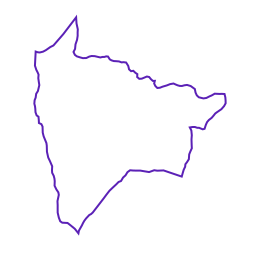 Pitangueiras, São Paulo, Brazil (Equal Earth projection), rotated 183°
{"feature_id": "56859067B99989140869249", "entity_name": "Pitangueiras", "entity_type": "district", "adm_level": 2, "iso_a3": "BRA", "parent_name": "Brazil", "parent_adm1": "São Paulo", "projection": "equal_earth", "projection_center": [-48.264, -21.003], "detail": "fine", "context": "isolated", "style": "outline", "palette": "violet", "viewbox_px": 256, "rotation_deg": 183, "n_neighbors": 0, "source": "geoboundaries", "source_scale": "gbopen_adm2", "svg_char_len": 2375}
<svg xmlns="http://www.w3.org/2000/svg" viewBox="0 0 256 256"><g transform="rotate(183 128 128)"><path d="M31.8,157.8L32.0,160.7L32.4,163.7L33.4,167.0L36.3,167.0L38.3,166.8L43.2,166.8L46.3,164.8L48.0,164.0L51.3,162.1L54.2,161.5L56.4,161.9L58.9,162.4L61.0,164.2L62.4,166.9L63.3,170.4L67.6,173.2L71.3,174.1L73.9,173.6L76.3,172.8L78.3,172.7L80.6,173.2L82.6,173.9L84.9,174.8L88.3,174.0L91.6,172.5L95.6,171.1L98.2,169.9L100.8,169.5L102.9,171.4L104.2,173.8L103.7,176.5L105.6,176.3L107.7,178.0L109.5,180.0L111.8,180.4L114.5,179.1L116.8,178.0L119.3,177.7L121.5,179.4L121.5,182.3L123.5,183.5L125.7,185.4L127.9,184.9L130.0,186.6L131.0,190.0L133.3,193.3L135.9,193.5L137.9,193.2L140.4,194.0L143.3,194.1L145.7,194.1L148.0,194.7L149.8,195.6L151.7,198.3L153.5,198.4L155.4,197.7L157.3,197.6L159.3,197.0L161.6,197.4L164.9,198.0L168.1,198.0L170.4,197.3L173.3,195.7L176.8,195.4L179.9,196.1L182.9,196.9L184.9,198.3L186.4,201.1L185.0,204.2L184.8,208.8L183.5,213.4L183.1,217.4L183.3,220.6L183.3,223.9L184.9,229.8L185.6,235.8L197.5,218.4L206.8,206.5L209.8,204.8L211.7,203.3L214.0,201.5L216.8,199.8L220.1,198.8L222.1,198.9L224.2,199.5L224.2,185.4L222.6,181.3L221.1,178.7L220.1,176.6L220.2,173.1L219.5,169.5L218.8,166.2L219.9,160.2L221.5,157.3L221.8,153.5L222.7,150.9L222.8,147.4L222.0,144.8L221.6,142.5L221.2,138.9L219.9,135.8L218.0,134.6L217.5,131.3L217.2,128.3L214.7,127.3L213.4,124.9L212.9,118.9L211.8,115.3L208.7,108.7L208.2,106.2L207.7,100.0L206.1,94.3L204.3,91.0L201.7,85.8L201.7,82.0L201.4,79.3L199.7,76.4L198.8,73.6L198.4,71.1L198.3,66.5L196.3,62.9L194.2,60.1L193.6,57.6L194.6,51.3L194.2,47.3L194.0,43.3L193.8,39.8L192.4,34.9L190.8,31.3L188.7,30.0L183.4,30.0L181.1,28.4L175.9,24.6L172.0,20.2L171.6,23.0L170.1,26.0L168.9,28.4L168.0,30.6L166.8,33.0L165.2,35.4L163.7,37.2L162.1,39.1L160.4,40.1L158.8,41.7L148.3,56.9L146.2,60.1L143.2,64.4L140.1,67.7L136.8,71.1L134.6,73.6L132.2,74.7L130.3,78.3L128.0,80.6L126.2,83.9L123.7,85.9L120.6,85.8L117.2,85.9L113.5,86.1L104.6,85.1L99.6,87.2L96.5,86.9L90.3,87.5L71.8,82.3L71.1,85.4L70.2,89.2L68.9,92.3L68.8,94.8L67.3,97.0L65.6,100.0L65.5,104.9L64.5,107.8L63.2,111.1L63.5,114.1L64.0,119.9L63.9,124.1L64.6,128.8L66.3,131.8L63.5,132.4L61.2,132.5L58.8,131.8L57.0,131.9L53.3,130.6L51.5,131.2L50.4,135.3L49.3,138.1L47.6,140.3L45.0,142.5L43.3,144.7L41.6,147.1L39.5,148.8L35.7,151.7L33.2,154.9L31.8,157.8Z" fill="none" stroke="#5b21b6" stroke-width="2"/></g></svg>